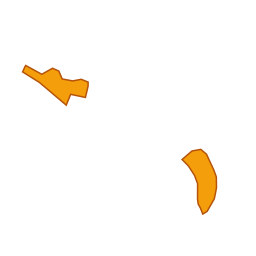 Al Asimah, Robinson projection, rotated 48°
{"feature_id": "KWT-1663", "entity_name": "Al Asimah", "entity_type": "Province", "adm_level": 1, "iso_a3": "KWT", "parent_name": "Kuwait", "parent_adm1": "", "projection": "robinson", "projection_center": [48.15, 29.392], "detail": "fine", "context": "isolated", "style": "filled", "palette": "amber", "viewbox_px": 256, "rotation_deg": 48, "n_neighbors": 0, "source": "natural_earth", "source_scale": "10m", "svg_char_len": 579}
<svg xmlns="http://www.w3.org/2000/svg" viewBox="0 0 256 256"><g transform="rotate(48 128 128)"><path d="M216.8,92.4L223.5,95.1L226.8,98.0L231.7,102.3L235.1,106.8L238.4,111.3L242.9,125.0L242.0,130.0L235.7,127.7L231.6,126.8L227.6,124.1L215.9,113.5L207.8,110.3L196.5,108.5L187.6,108.9L187.9,95.8L192.6,88.2L200.0,87.2L216.8,92.4ZM13.1,162.2L21.0,159.4L30.4,156.1L33.1,144.1L39.4,141.3L47.5,144.1L56.0,137.6L60.5,130.2L67.2,126.9L70.3,129.8L76.8,139.2L64.6,148.1L69.7,158.6L34.6,163.4L15.8,168.8L13.6,163.8L13.1,162.2Z" fill="#f59e0b" stroke="#b45309" stroke-width="1.5"/></g></svg>